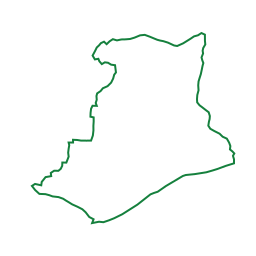 Orindiúva, São Paulo, Brazil, rotated 83°
{"feature_id": "56859067B43137083464707", "entity_name": "Orindiúva", "entity_type": "district", "adm_level": 2, "iso_a3": "BRA", "parent_name": "Brazil", "parent_adm1": "São Paulo", "projection": "robinson", "projection_center": [-49.369, -20.214], "detail": "fine", "context": "isolated", "style": "outline", "palette": "green", "viewbox_px": 256, "rotation_deg": 83, "n_neighbors": 0, "source": "geoboundaries", "source_scale": "gbopen_adm2", "svg_char_len": 1923}
<svg xmlns="http://www.w3.org/2000/svg" viewBox="0 0 256 256"><g transform="rotate(83 128 128)"><path d="M212.9,144.2L205.2,128.0L196.6,113.8L195.6,110.0L194.9,106.3L190.3,97.6L182.3,79.4L181.7,76.4L181.9,67.4L181.5,55.7L180.5,49.4L179.6,44.4L177.5,35.5L176.0,27.1L172.0,26.6L168.4,27.2L166.2,25.6L164.0,27.2L161.7,29.4L158.4,28.6L154.9,29.4L150.6,31.2L148.2,35.1L144.8,37.8L141.6,42.6L138.8,46.4L135.5,48.0L131.6,46.9L129.1,45.9L126.1,45.3L122.2,46.0L119.5,48.8L116.3,52.0L114.2,54.2L111.0,56.2L107.8,56.0L103.7,55.2L99.2,53.4L94.2,53.1L90.4,52.3L87.2,50.9L83.5,49.2L79.2,47.7L75.3,46.4L72.7,45.3L69.9,46.0L66.9,46.4L63.2,44.4L60.4,44.5L57.8,43.6L54.5,41.1L50.8,41.0L44.7,40.3L42.7,43.6L44.5,47.2L45.1,51.3L47.0,55.0L50.7,63.0L52.6,69.2L51.7,72.2L48.1,78.0L46.1,82.4L45.1,85.5L44.0,88.2L42.1,91.6L40.0,95.3L37.6,100.0L37.5,104.7L39.1,110.5L39.9,115.1L39.7,119.8L39.3,123.8L39.7,128.3L38.0,132.2L39.7,135.7L42.2,139.0L39.4,141.3L40.5,144.6L42.4,146.6L44.3,149.2L47.4,151.2L51.8,154.3L55.9,152.5L55.7,149.0L58.3,148.3L61.4,146.2L60.0,143.0L60.8,139.9L63.1,137.0L64.1,133.2L68.2,133.2L71.4,133.2L73.4,135.2L77.1,136.7L80.9,139.2L84.0,143.2L85.5,148.1L88.0,150.7L89.9,154.4L92.4,155.4L96.2,155.6L99.2,157.0L102.2,156.3L101.6,160.5L104.4,162.3L108.4,163.3L112.2,163.9L113.3,160.8L117.5,161.3L121.7,162.1L126.2,162.6L131.2,163.8L136.0,166.2L135.5,170.6L134.8,176.1L133.7,179.9L133.0,184.0L135.7,184.3L135.2,188.7L137.9,188.4L141.2,189.4L145.2,190.4L149.2,190.4L154.8,193.4L154.3,197.4L157.5,197.9L160.3,199.7L162.0,202.3L161.4,206.5L163.2,210.1L166.4,210.1L166.7,215.8L171.0,220.2L174.3,221.1L172.2,227.1L173.8,230.4L178.3,227.7L182.6,224.0L183.6,218.0L185.1,214.3L186.7,211.2L188.1,205.4L190.3,201.0L192.4,198.5L194.5,195.8L197.0,192.7L200.1,187.6L203.1,183.2L206.5,180.3L211.6,177.3L214.4,173.3L218.0,175.2L217.5,168.2L218.5,163.9L217.3,158.1L215.9,152.8L212.9,144.2Z" fill="none" stroke="#15803d" stroke-width="2"/></g></svg>